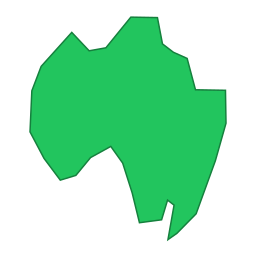 the border of Debrecen, rotated 181°
{"feature_id": "HUN-4924", "entity_name": "Debrecen", "entity_type": "Urban county", "adm_level": 1, "iso_a3": "HUN", "parent_name": "Hungary", "parent_adm1": "", "projection": "mercator", "projection_center": [21.625, 47.561], "detail": "fine", "context": "isolated", "style": "filled", "palette": "green", "viewbox_px": 256, "rotation_deg": 181, "n_neighbors": 0, "source": "natural_earth", "source_scale": "10m", "svg_char_len": 502}
<svg xmlns="http://www.w3.org/2000/svg" viewBox="0 0 256 256"><g transform="rotate(181 128 128)"><path d="M86.1,17.1L80.6,51.7L87.2,56.6L92.8,36.8L114.9,33.5L122.7,63.2L132.7,92.8L144.9,109.3L164.9,97.8L179.3,79.7L194.8,74.7L211.4,96.1L225.9,122.4L224.8,163.5L215.9,188.1L185.9,222.6L168.2,204.5L151.5,207.8L127.1,238.9L100.5,238.9L95.0,212.7L83.9,204.5L70.1,198.6L61.2,167.4L31.2,167.4L30.1,134.5L40.1,96.7L58.4,43.4L77.2,23.6L86.1,17.1Z" fill="#22c55e" stroke="#15803d" stroke-width="1.5"/></g></svg>